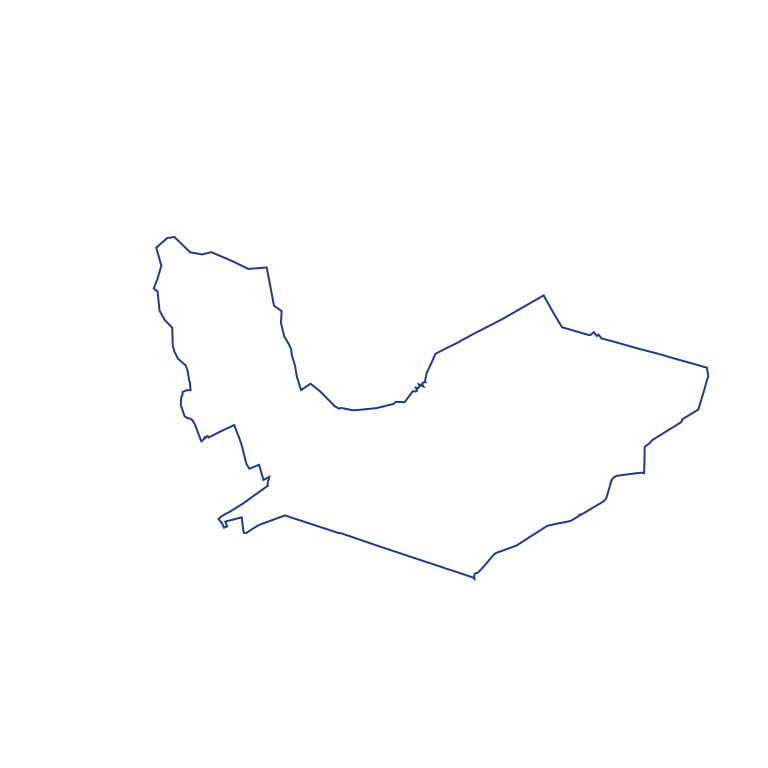 Gustavo A. Madero, Distrito Federal, Mexico (Albers equal-area conic projection), rotated 308°
{"feature_id": "50627088B27895392643448", "entity_name": "Gustavo A. Madero", "entity_type": "district", "adm_level": 2, "iso_a3": "MEX", "parent_name": "Mexico", "parent_adm1": "Distrito Federal", "projection": "albers", "projection_center": [-99.115, 19.519], "detail": "fine", "context": "isolated", "style": "outline", "palette": "blue", "viewbox_px": 768, "rotation_deg": 308, "n_neighbors": 0, "source": "geoboundaries", "source_scale": "gbopen_adm2", "svg_char_len": 5410}
<svg xmlns="http://www.w3.org/2000/svg" viewBox="0 0 768 768"><g transform="rotate(308 384 384)"><path d="M286.1,575.2L288.2,573.4L288.6,573.1L289.3,572.7L290.0,572.5L290.7,572.6L291.0,572.6L291.6,572.9L291.7,573.0L292.1,573.4L292.5,573.8L292.8,574.0L293.2,574.1L293.8,574.2L299.1,574.8L301.3,574.9L304.9,575.1L309.5,575.3L313.6,575.4L315.9,575.5L317.2,575.6L317.7,575.7L318.9,576.0L319.6,576.3L320.5,576.7L322.0,577.7L325.3,579.8L327.1,580.9L328.6,581.9L331.7,583.8L336.4,586.7L338.3,587.8L338.9,588.1L342.2,589.2L345.3,590.3L348.1,591.3L351.2,592.4L352.6,592.8L354.0,593.3L355.6,593.9L356.1,594.0L356.4,594.2L356.6,594.3L357.0,594.4L362.8,596.5L367.1,598.0L368.7,598.5L368.9,598.6L371.4,599.5L372.0,599.8L372.6,600.0L372.8,600.2L373.2,600.4L373.6,600.6L373.9,600.8L377.6,604.0L381.4,607.1L382.5,608.0L383.8,609.3L384.2,609.7L385.5,610.7L388.4,613.2L389.5,614.1L390.4,614.9L391.0,615.2L391.3,615.4L391.8,615.7L392.4,616.0L392.7,616.1L399.0,618.5L400.8,619.1L401.0,618.6L401.6,618.9L402.1,619.1L402.0,619.7L403.6,620.3L406.3,621.4L412.1,623.6L419.1,626.3L423.4,628.0L424.2,628.3L424.5,628.4L426.0,629.0L426.3,629.1L427.2,629.3L428.1,629.4L428.9,629.5L429.3,629.5L429.9,629.4L431.5,629.2L431.8,629.1L434.7,628.0L439.4,626.1L442.4,624.9L444.5,624.0L446.7,623.1L447.9,622.7L448.5,622.6L449.2,622.5L450.2,622.5L451.2,622.5L451.9,622.7L452.8,622.9L453.6,623.2L454.4,623.6L454.6,623.8L455.5,624.5L456.0,625.0L457.2,626.2L457.9,626.8L465.2,634.0L468.2,637.0L468.9,637.6L470.3,639.1L471.3,640.1L472.7,641.6L473.4,642.9L473.9,643.9L480.1,639.3L483.8,636.6L485.0,635.7L488.7,632.9L492.8,629.7L494.1,628.8L495.0,628.3L496.0,628.4L496.9,628.6L500.2,629.6L501.1,629.7L502.3,629.8L504.3,629.8L508.1,631.1L513.2,633.0L513.7,633.2L516.4,634.1L532.0,639.9L536.2,641.4L536.5,641.5L537.0,641.5L537.5,641.6L537.9,641.5L538.9,641.3L540.3,640.8L540.8,641.2L549.5,644.4L557.4,647.4L564.4,644.7L567.1,643.7L569.4,642.7L571.8,641.8L574.0,641.0L578.4,639.2L580.2,638.5L583.0,637.3L585.6,636.3L587.6,635.5L590.1,634.5L591.1,633.3L591.8,632.5L592.1,632.2L593.6,630.6L594.8,629.1L595.7,628.2L594.9,626.6L592.8,621.4L590.1,614.7L586.6,606.2L584.8,601.8L580.9,592.3L576.7,581.6L574.5,576.6L572.1,571.1L566.9,558.9L562.2,547.3L558.9,539.2L556.7,534.1L553.8,527.0L555.0,522.7L552.9,522.1L554.1,517.5L549.8,516.5L549.3,516.1L548.8,515.5L544.3,504.3L542.5,499.7L538.7,490.2L538.2,489.7L541.7,480.6L545.1,471.9L547.9,465.3L552.1,455.2L547.5,453.4L541.7,451.0L536.8,449.0L534.2,448.0L529.2,445.9L522.0,443.0L511.2,438.6L507.3,437.0L505.0,435.9L499.2,433.3L494.5,431.1L490.1,429.0L485.4,426.9L479.8,424.2L471.6,420.7L466.6,418.4L463.5,417.3L461.4,416.3L453.7,412.6L445.5,408.7L439.5,405.9L433.5,407.5L428.8,408.7L426.1,409.2L419.3,410.7L412.3,414.1L410.9,415.7L410.6,415.3L410.2,414.7L409.9,414.4L409.2,414.1L408.7,413.7L408.2,413.7L407.5,414.3L407.2,414.6L407.0,415.0L406.3,416.4L406.0,415.2L405.8,414.2L405.6,412.8L405.2,411.6L404.9,412.2L404.5,413.6L401.8,413.5L401.7,413.2L401.4,412.6L400.7,411.3L400.1,412.6L399.8,413.2L399.1,414.1L397.6,413.6L396.4,411.5L395.3,411.1L382.4,411.5L377.3,404.4L374.1,403.7L360.3,392.9L350.6,382.7L346.0,377.9L343.9,375.3L341.1,369.6L339.0,365.4L338.9,365.2L338.5,364.8L337.7,364.3L336.8,363.5L336.2,358.7L338.9,338.0L339.0,325.9L328.2,322.4L330.4,319.1L336.3,310.6L338.7,308.0L343.6,302.6L345.6,299.9L349.5,294.1L354.5,289.1L357.0,284.0L360.2,275.9L362.4,273.1L368.8,265.1L378.4,258.5L378.0,249.1L380.9,245.8L393.1,231.9L403.6,219.8L391.1,206.2L389.2,197.2L387.3,188.3L381.6,166.8L374.1,160.9L368.4,150.1L370.8,128.3L365.5,123.3L356.5,121.6L351.2,120.6L340.2,135.7L335.6,137.5L327.8,140.6L317.5,143.8L317.5,148.6L313.9,152.1L303.6,162.0L299.5,171.5L298.0,182.4L295.3,184.7L284.3,193.8L280.6,198.7L277.1,206.1L276.5,216.2L273.8,220.7L266.4,228.8L265.8,230.1L260.0,235.4L257.6,232.3L253.6,230.2L251.8,231.7L248.8,232.3L242.4,236.7L235.9,246.6L236.0,249.7L237.0,251.6L237.6,254.9L235.9,259.7L231.9,266.1L226.4,275.4L229.2,276.0L230.3,275.8L230.6,275.6L231.1,275.6L231.9,275.6L232.1,275.7L232.1,275.8L231.7,276.1L231.5,276.4L232.0,276.5L234.4,277.0L234.0,278.8L239.5,281.4L245.1,284.0L249.0,285.9L252.9,287.9L259.4,291.2L256.4,296.3L255.0,298.7L251.8,304.0L249.2,308.1L245.2,313.4L242.7,316.5L239.3,321.0L236.0,325.2L234.4,330.1L239.6,333.1L243.4,335.3L239.8,340.3L234.2,348.1L239.0,350.2L240.2,350.8L233.4,353.8L232.3,355.1L223.9,352.6L215.5,350.1L208.5,348.1L203.7,346.7L200.1,345.4L194.6,343.4L187.9,340.9L182.2,338.4L180.7,337.9L179.3,337.3L177.7,337.0L175.7,336.8L174.6,341.5L174.8,341.7L172.3,346.4L175.2,348.0L177.9,343.7L178.2,343.9L181.2,346.2L184.3,348.6L187.2,350.8L190.0,353.0L191.3,354.0L188.0,357.3L181.8,363.5L180.4,365.1L181.9,367.3L187.3,369.0L193.0,371.1L196.0,372.3L203.3,376.8L206.6,378.9L213.6,383.2L219.5,386.9L221.9,393.8L225.2,402.8L228.8,412.8L231.1,419.1L233.3,425.2L237.0,435.4L238.9,440.7L239.7,441.2L240.9,444.9L241.6,446.7L243.8,453.1L248.9,467.9L252.8,479.2L253.0,479.7L256.8,490.4L257.9,493.5L259.0,496.5L261.4,503.3L263.9,510.5L265.0,513.3L266.9,518.8L267.5,520.4L269.1,525.0L269.3,525.6L270.0,527.4L270.4,528.7L271.1,530.4L271.4,531.2L272.1,533.2L272.2,533.6L272.9,535.4L273.4,537.0L274.1,538.8L274.9,540.9L276.1,544.6L276.7,546.6L277.6,548.8L278.2,550.5L279.0,552.5L279.6,554.2L280.2,556.0L280.3,556.2L280.9,557.8L281.5,559.6L281.8,560.5L282.6,562.7L282.8,563.1L284.2,567.3L285.8,571.7L286.2,573.1L286.3,573.9L286.1,575.2Z" fill="none" stroke="#1e3a8a" stroke-width="2"/></g></svg>